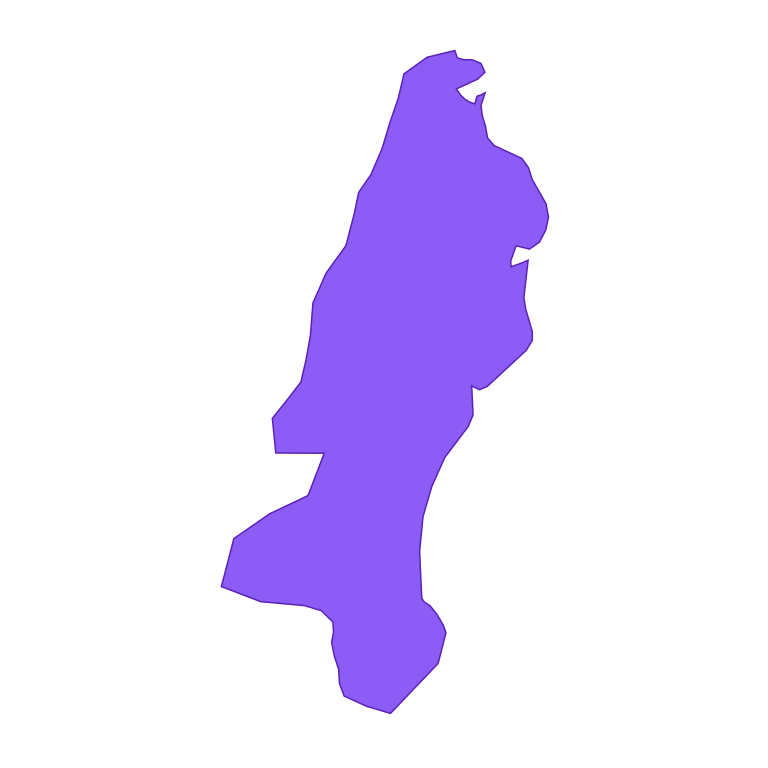 outline of Puerto Plata, rotated 87°
{"feature_id": "DOM-1965", "entity_name": "Puerto Plata", "entity_type": "Province", "adm_level": 1, "iso_a3": "DOM", "parent_name": "Dominican Republic", "parent_adm1": "", "projection": "albers", "projection_center": [-70.865, 19.728], "detail": "fine", "context": "isolated", "style": "filled", "palette": "violet", "viewbox_px": 768, "rotation_deg": 87, "n_neighbors": 0, "source": "natural_earth", "source_scale": "10m", "svg_char_len": 1236}
<svg xmlns="http://www.w3.org/2000/svg" viewBox="0 0 768 768"><g transform="rotate(87 384 384)"><path d="M54.7,295.8L62.2,293.7L64.3,287.4L64.8,279.0L68.9,270.4L78.0,266.9L84.5,274.6L93.1,296.3L99.2,292.6L103.7,288.5L106.9,283.9L109.0,278.5L102.4,276.4L101.1,275.4L100.9,273.2L98.4,267.7L110.6,272.5L120.8,271.9L131.2,269.3L143.7,267.7L151.6,261.6L166.0,234.5L175.5,228.4L187.3,225.4L212.4,212.8L226.0,211.0L238.5,214.3L250.5,221.4L256.9,231.7L252.9,244.8L267.8,251.0L273.6,251.0L269.7,238.2L267.9,233.6L305.3,239.8L316.4,238.6L339.3,233.2L348.2,233.6L357.7,240.1L391.8,281.0L394.7,288.9L390.5,296.5L419.7,296.7L430.9,302.2L460.5,327.1L488.6,341.5L518.5,352.0L553.1,357.2L600.0,357.5L603.9,355.1L607.8,349.6L617.2,343.0L627.8,337.5L635.6,335.1L665.9,344.6L713.3,394.8L705.0,418.1L693.6,440.1L680.6,444.2L666.7,444.2L653.0,447.9L639.1,449.8L629.3,447.4L619.2,447.4L607.1,458.4L601.2,474.8L594.9,518.5L577.8,557.0L530.5,542.0L507.6,504.9L491.4,465.7L450.0,447.3L447.2,495.7L412.5,497.3L395.2,481.9L377.7,466.9L356.2,460.7L332.0,455.0L299.3,450.7L270.1,435.9L243.9,414.8L212.4,404.8L191.4,399.3L174.2,386.1L149.1,373.7L122.7,364.2L99.4,354.8L75.3,347.8L59.9,323.8L54.7,295.8Z" fill="#8b5cf6" stroke="#5b21b6" stroke-width="1.5"/></g></svg>